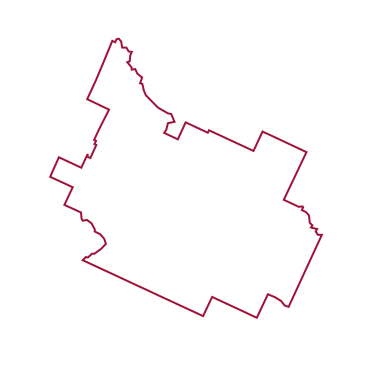 Cascade, Montana, United States of America (Natural Earth projection), rotated 205°
{"feature_id": "52423323B67185663060942", "entity_name": "Cascade", "entity_type": "district", "adm_level": 2, "iso_a3": "USA", "parent_name": "United States of America", "parent_adm1": "Montana", "projection": "natural_earth1", "projection_center": [-111.168, 47.258], "detail": "fine", "context": "isolated", "style": "outline", "palette": "rose", "viewbox_px": 384, "rotation_deg": 205, "n_neighbors": 0, "source": "geoboundaries", "source_scale": "gbopen_adm2", "svg_char_len": 1279}
<svg xmlns="http://www.w3.org/2000/svg" viewBox="0 0 384 384"><g transform="rotate(205 192 192)"><path d="M130.7,276.6L153.6,276.6L153.6,255.2L202.7,255.1L202.7,252.4L227.2,252.4L227.1,233.7L242.2,233.8L241.6,237.5L242.9,244.2L237.5,248.2L243.8,253.9L247.1,253.1L258.5,254.1L274.6,260.1L278.7,263.8L282.7,269.0L285.0,268.6L285.6,274.7L291.6,276.2L295.4,279.4L298.3,277.4L299.6,279.5L305.5,282.3L303.7,284.2L305.7,289.8L305.8,293.5L308.8,292.6L312.5,295.1L316.3,293.4L319.8,298.4L323.1,300.0L324.9,298.7L324.9,295.3L328.1,295.3L327.1,274.0L326.3,252.7L326.2,231.8L302.0,231.6L302.7,210.2L302.7,197.8L300.6,197.8L300.6,194.2L298.6,194.2L298.5,179.8L301.6,179.8L302.6,182.4L302.6,167.2L327.3,167.2L327.1,153.1L326.9,145.8L302.1,145.9L302.2,126.4L283.9,126.5L280.8,121.1L278.8,119.8L275.4,122.3L269.7,121.1L264.3,117.0L263.5,115.1L257.2,114.9L251.8,112.5L248.1,108.6L250.5,101.7L254.5,94.7L256.6,93.8L258.6,88.7L260.8,88.1L262.2,84.0L179.0,84.1L133.5,84.2L129.5,84.2L129.4,105.4L80.1,105.4L80.0,131.4L72.4,131.7L65.2,130.9L60.1,128.3L55.9,128.7L56.2,208.0L59.8,206.4L63.2,208.5L62.9,211.3L69.1,210.1L68.8,212.7L72.2,213.8L76.0,220.1L80.2,222.0L84.8,222.0L84.8,225.1L85.8,225.6L88.9,223.7L105.5,223.7L105.1,276.5L130.7,276.6Z" fill="none" stroke="#9f1239" stroke-width="2"/></g></svg>